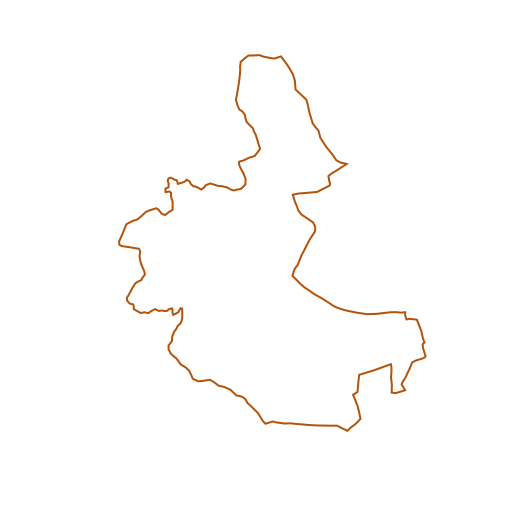 Halabcha, As-Sulaymaniyah, Iraq, rotated 163°
{"feature_id": "34846034B67264073740881", "entity_name": "Halabcha", "entity_type": "district", "adm_level": 2, "iso_a3": "IRQ", "parent_name": "Iraq", "parent_adm1": "As-Sulaymaniyah", "projection": "natural_earth1", "projection_center": [45.937, 35.187], "detail": "fine", "context": "isolated", "style": "outline", "palette": "amber", "viewbox_px": 512, "rotation_deg": 163, "n_neighbors": 0, "source": "geoboundaries", "source_scale": "gbopen_adm2", "svg_char_len": 4263}
<svg xmlns="http://www.w3.org/2000/svg" viewBox="0 0 512 512"><g transform="rotate(163 256 256)"><path d="M129.7,158.6L130.1,158.7L133.8,159.4L137.9,161.1L143.3,162.8L157.6,165.4L166.8,167.9L175.7,172.1L186.6,178.0L192.1,181.8L196.2,185.2L199.9,189.8L205.7,196.6L211.8,202.9L214.2,206.2L218.7,211.7L221.4,215.9L227.0,226.5L226.8,226.8L223.0,232.0L222.7,232.4L218.7,235.3L218.3,235.8L212.2,243.4L211.8,243.8L206.4,249.3L199.9,256.0L193.0,261.7L192.7,261.9L192.6,262.1L191.0,265.7L191.0,268.2L191.7,271.6L195.4,276.2L197.8,279.2L200.6,282.6L201.2,284.7L202.3,287.2L202.3,290.6L202.9,296.9L202.9,300.3L202.9,303.2L202.9,303.7L202.6,303.7L201.2,303.7L196.5,303.2L191.3,302.0L183.2,300.3L178.7,299.4L173.6,300.3L169.2,301.1L164.9,301.9L164.7,302.0L164.6,302.3L164.0,304.1L164.0,306.6L163.4,310.9L163.4,311.2L163.1,311.4L159.3,312.9L151.1,315.0L143.1,317.3L142.4,317.5L142.7,317.7L148.1,320.8L151.2,324.1L153.1,330.3L156.9,339.7L159.9,350.1L159.6,357.7L161.5,362.0L163.0,366.2L163.0,370.0L163.0,377.6L162.2,386.6L162.2,390.8L165.7,397.0L169.5,403.6L167.6,412.1L167.6,419.2L168.7,423.9L170.2,429.6L173.7,439.5L181.0,439.5L187.5,442.8L190.9,444.7L194.0,447.1L199.7,448.5L204.7,449.9L209.7,448.0L213.7,446.2L213.9,446.2L214.0,445.8L215.8,441.9L217.0,437.6L219.3,432.0L221.6,426.8L224.2,421.6L227.3,415.4L229.6,411.2L229.6,405.5L229.2,401.2L226.9,398.4L225.4,394.6L225.8,390.3L225.8,387.0L222.7,380.9L221.6,379.0L221.6,376.2L220.8,371.9L220.8,364.3L220.8,357.4L220.8,357.2L221.1,357.0L223.9,354.9L228.1,352.0L234.2,352.0L239.6,351.1L244.4,351.1L244.5,351.1L244.8,350.7L245.3,349.7L245.3,347.8L245.3,345.9L243.8,338.3L243.4,332.6L244.1,330.8L245.2,327.7L245.3,327.4L245.5,327.3L250.7,324.6L255.6,325.1L257.9,325.1L260.2,326.5L263.3,329.8L267.9,332.6L271.7,334.1L278.6,338.8L283.6,338.3L285.1,336.9L288.9,335.5L290.1,336.9L293.5,340.2L295.4,340.7L297.3,344.0L297.7,346.8L300.0,349.2L302.7,347.8L307.3,347.8L309.6,347.8L309.6,351.6L311.9,353.0L313.0,354.4L314.6,355.8L316.9,355.8L317.2,355.4L318.1,354.4L318.4,353.9L318.4,350.6L319.4,347.7L319.5,347.3L319.8,347.3L322.7,346.9L323.0,346.8L323.1,346.4L323.8,343.5L320.3,343.1L318.8,341.6L319.2,339.7L319.9,338.3L319.9,332.2L322.1,325.0L322.2,324.6L322.4,324.5L325.7,323.7L331.0,321.8L333.7,323.7L334.8,326.5L336.0,329.3L337.5,330.8L341.4,330.8L344.8,330.8L348.6,330.3L354.4,327.4L359.0,325.6L363.9,325.6L368.0,324.8L368.6,324.7L369.3,324.6L370.8,324.1L376.9,316.6L382.7,309.9L383.4,306.6L381.5,304.7L375.4,301.9L368.9,298.6L365.8,297.2L365.4,293.9L367.4,290.1L368.1,284.9L368.1,281.1L367.7,277.3L367.3,274.5L367.7,270.7L370.4,268.8L373.1,266.4L376.9,266.0L379.6,265.0L383.4,261.7L389.5,255.6L391.8,253.7L392.2,250.8L390.7,247.5L387.6,245.6L387.6,243.7L388.4,240.9L386.1,238.5L383.0,235.2L379.2,234.8L375.7,232.9L372.7,233.8L368.1,234.8L365.0,231.9L362.3,231.5L359.3,230.0L357.0,229.6L355.1,230.5L351.6,230.5L351.6,228.6L352.4,226.7L352.4,223.9L349.7,224.4L347.0,224.8L344.4,227.2L343.2,228.1L342.1,227.2L342.8,224.4L343.6,221.5L344.7,218.2L346.3,215.4L348.2,213.5L351.2,212.1L353.5,209.7L356.6,207.3L359.6,203.6L361.2,199.3L365.8,196.0L366.9,192.2L365.8,187.0L362.5,181.8L361.9,180.9L359.6,174.2L355.8,170.0L353.5,165.7L352.7,161.0L352.4,157.2L347.8,153.0L342.8,152.0L336.3,151.1L332.8,147.3L329.4,142.6L324.8,140.2L319.5,135.5L315.6,128.4L311.8,126.5L309.1,124.1L307.6,120.8L307.2,118.0L304.9,114.2L300.0,105.2L297.7,96.2L296.1,92.9L293.0,92.8L288.2,92.8L285.8,91.2L277.6,87.4L272.5,86.1L264.3,82.7L260.7,81.3L254.8,78.9L248.0,76.4L236.4,72.6L228.2,70.1L223.8,65.9L219.7,62.1L216.6,63.8L209.8,66.3L203.7,69.7L203.3,74.3L203.0,77.2L202.7,83.1L203.7,94.9L198.7,96.3L194.8,105.9L192.1,112.2L185.6,112.2L176.4,112.2L166.9,112.7L158.7,113.1L159.0,110.1L160.1,106.3L162.4,100.4L163.8,92.8L166.2,85.7L162.4,84.0L159.0,84.0L152.6,84.0L154.3,90.7L152.9,92.4L148.5,96.2L141.3,104.2L137.9,108.4L137.3,108.6L134.1,109.3L131.1,109.3L126.6,109.3L124.3,109.7L123.2,110.5L123.2,111.9L123.2,113.0L123.2,114.3L123.2,115.7L123.2,117.6L123.2,119.0L122.5,122.8L121.2,123.6L120.3,124.0L120.2,124.0L120.3,125.3L120.4,127.6L120.5,128.3L120.4,128.9L119.9,135.2L119.8,135.8L119.9,136.6L120.5,144.7L120.8,148.1L127.3,151.0L130.7,151.4L130.7,152.8L130.7,154.3L130.7,155.7L130.1,157.4L129.7,158.6Z" fill="none" stroke="#b45309" stroke-width="2"/></g></svg>